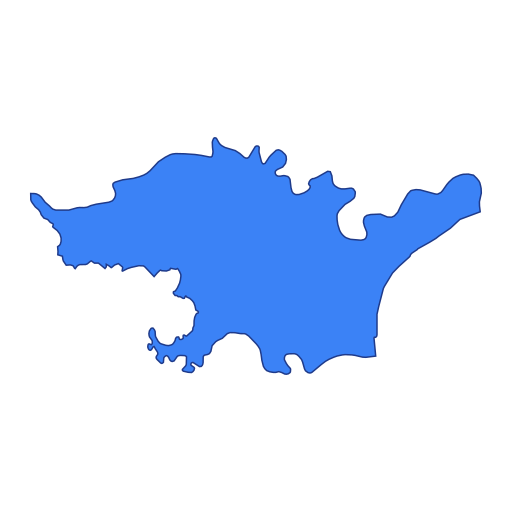 outline of Hau Loc, Thanh Hóa, Vietnam
{"feature_id": "81297802B47590181438391", "entity_name": "Hau Loc", "entity_type": "district", "adm_level": 2, "iso_a3": "VNM", "parent_name": "Vietnam", "parent_adm1": "Thanh Hóa", "projection": "robinson", "projection_center": [105.868, 19.933], "detail": "fine", "context": "isolated", "style": "filled", "palette": "blue", "viewbox_px": 512, "rotation_deg": 0, "n_neighbors": 0, "source": "geoboundaries", "source_scale": "gbopen_adm2", "svg_char_len": 6072}
<svg xmlns="http://www.w3.org/2000/svg" viewBox="0 0 512 512"><path d="M30.7,193.5L30.8,199.8L31.3,201.2L32.4,203.0L35.3,206.9L38.6,209.7L40.3,212.1L41.2,214.7L43.9,218.1L47.7,219.5L50.3,222.4L52.9,223.7L53.3,224.7L52.7,226.6L53.0,227.2L57.2,230.5L59.9,234.1L61.1,238.0L61.1,241.3L60.3,244.2L59.5,245.3L57.6,246.7L58.0,251.4L57.8,254.8L62.4,256.2L62.9,259.5L63.4,261.1L66.2,265.2L70.3,264.9L72.4,265.5L73.2,265.9L74.6,268.3L75.2,268.7L76.9,266.3L78.1,265.3L79.7,264.6L85.6,264.5L87.3,263.9L90.4,261.3L91.3,260.9L94.4,263.1L98.2,263.1L98.7,263.3L105.0,268.5L106.3,266.8L106.3,264.3L109.1,265.9L111.1,267.6L111.5,267.6L114.6,265.0L118.4,263.6L122.4,266.9L122.7,267.6L122.1,270.8L122.6,271.1L127.5,268.6L131.2,267.4L138.9,265.7L143.5,265.9L144.9,266.9L154.1,276.6L157.3,272.9L159.8,270.5L160.5,270.1L161.7,270.7L166.4,271.0L169.9,269.8L170.2,268.7L170.6,268.3L176.0,269.3L177.4,268.5L177.9,268.9L179.4,271.3L180.8,274.4L180.9,276.1L180.4,280.0L179.6,283.1L177.3,288.1L175.3,291.0L173.5,291.7L173.3,292.9L173.5,293.5L175.1,295.5L177.0,295.6L178.2,296.7L180.2,296.7L183.1,298.4L184.3,298.3L185.3,296.3L185.7,296.0L186.1,296.1L186.5,296.9L189.8,298.4L192.3,300.7L193.8,302.7L195.0,305.9L195.8,310.0L197.8,311.1L198.4,312.0L198.0,313.1L196.9,313.4L196.1,314.2L194.7,317.3L194.1,320.8L194.0,325.6L192.9,328.0L192.8,329.8L192.3,330.9L186.8,335.9L186.2,336.1L184.1,335.0L183.4,335.2L183.1,335.9L183.2,338.1L182.8,338.7L181.6,339.4L180.2,339.5L179.5,339.3L178.8,337.2L178.3,336.9L176.5,337.2L175.6,338.4L175.1,340.5L174.0,342.5L172.9,343.9L172.0,344.6L170.3,345.2L168.4,345.6L165.8,345.3L161.0,343.8L159.9,343.2L158.1,341.2L155.7,336.9L155.4,335.8L155.1,331.4L154.4,329.8L153.0,328.1L151.9,328.1L151.0,328.5L149.4,330.9L148.9,333.6L149.1,335.5L149.5,336.9L152.2,340.7L152.3,343.2L152.1,343.8L151.2,344.7L149.3,343.9L148.6,344.0L148.2,344.4L147.8,346.2L147.9,347.6L148.5,349.1L149.0,349.7L149.5,350.1L150.5,350.3L151.5,349.6L153.2,346.8L154.1,346.5L155.3,348.8L157.4,351.9L157.8,353.2L157.7,354.4L156.3,356.5L156.1,357.9L156.9,359.3L160.7,363.0L161.6,363.4L162.2,363.3L163.4,362.4L163.8,357.8L164.6,356.7L165.8,355.8L166.5,355.6L167.6,356.1L168.6,357.3L169.8,359.9L171.1,361.2L172.2,361.5L174.1,360.9L177.4,356.2L178.8,355.6L180.6,355.4L184.6,355.6L185.7,356.0L186.5,356.8L186.3,364.3L185.8,365.7L182.4,369.4L182.5,370.5L183.4,371.2L188.2,372.3L191.6,372.5L193.0,371.5L194.0,370.2L194.5,368.2L194.0,367.3L191.4,365.5L190.8,364.7L191.1,363.3L191.6,362.8L192.9,362.4L199.5,366.6L201.3,366.4L202.3,365.3L202.8,364.1L203.1,362.5L203.2,356.9L203.5,356.1L204.3,355.2L207.5,354.5L209.1,353.8L209.7,353.2L210.9,351.3L212.1,345.7L215.7,341.7L217.7,340.4L222.3,338.3L227.3,333.6L230.0,332.6L235.0,332.7L240.4,333.6L244.7,333.7L245.7,334.0L248.7,336.0L256.4,344.0L258.2,346.3L259.8,348.9L260.3,350.4L261.1,354.4L261.9,360.4L263.4,366.3L264.8,368.7L266.7,370.6L269.8,371.8L273.4,372.4L275.7,372.4L278.8,371.6L281.7,372.5L284.7,374.0L286.4,374.2L288.3,373.8L290.0,372.6L290.4,371.9L290.6,369.6L290.4,368.5L287.7,365.5L286.3,363.4L284.4,359.7L284.4,357.8L284.9,356.0L285.8,354.9L286.7,354.3L289.2,353.8L294.2,353.7L295.6,354.0L297.3,354.8L299.1,356.5L301.6,359.6L302.6,362.1L304.5,368.8L305.5,370.8L308.0,372.6L309.9,373.0L311.0,372.8L312.1,372.2L321.3,364.5L325.5,361.3L329.2,359.2L333.8,357.2L337.2,356.0L342.4,354.9L345.2,354.6L351.9,354.9L355.2,355.4L362.4,357.1L365.8,357.3L375.7,356.1L374.0,338.1L374.3,337.3L375.6,337.3L376.4,336.6L376.8,335.9L377.0,334.5L377.0,314.2L378.8,306.1L383.4,288.4L384.5,286.2L392.5,273.0L399.1,266.2L409.2,257.1L410.0,256.2L410.6,254.5L412.1,253.0L417.2,249.6L417.8,248.8L429.5,242.3L435.9,238.4L438.8,236.1L450.4,228.2L459.9,219.4L480.2,211.8L479.5,206.0L479.4,201.8L481.3,193.1L481.1,188.4L480.6,185.9L479.8,182.8L478.8,180.9L476.7,178.3L473.5,175.2L468.3,174.1L463.1,174.3L460.3,175.0L455.8,176.8L452.9,178.4L449.0,182.0L446.8,184.6L442.6,190.6L440.9,192.5L437.9,194.0L436.9,194.2L435.0,193.9L420.2,189.9L416.0,189.6L412.1,190.3L410.7,190.8L407.7,194.0L401.3,204.8L397.8,212.2L394.4,215.9L391.6,217.2L387.4,217.0L380.4,214.1L370.8,214.5L366.8,215.4L364.8,216.9L364.1,218.1L363.5,220.7L363.5,222.5L364.4,226.1L366.8,232.1L366.9,234.7L366.6,235.8L366.2,237.3L365.4,238.6L363.8,239.6L360.9,240.2L350.4,239.3L346.2,237.8L344.5,236.7L342.4,234.7L340.8,232.6L339.6,230.3L337.8,224.5L337.1,219.8L337.0,215.8L337.3,213.8L339.1,210.6L345.0,204.4L350.1,201.3L353.8,198.3L354.8,196.5L355.3,193.0L355.2,191.7L353.4,189.0L351.7,188.2L350.1,188.2L344.9,188.9L341.4,188.9L338.5,188.1L336.3,186.8L334.6,185.6L333.1,183.6L332.4,181.0L331.9,175.9L330.3,171.7L327.7,171.3L317.3,177.2L314.1,178.5L312.4,178.7L310.6,179.8L309.3,181.6L308.6,183.8L309.1,184.9L310.2,186.0L310.1,187.6L309.0,189.4L307.1,191.0L304.1,192.8L299.1,194.5L296.1,194.6L294.9,194.3L293.3,193.3L292.0,191.5L291.0,187.7L290.0,179.3L288.8,177.4L287.8,176.5L284.8,175.7L283.5,175.6L280.1,176.2L278.0,176.1L276.7,175.5L275.9,174.7L275.3,173.5L275.2,172.0L275.5,171.1L276.2,170.4L277.5,169.4L282.7,167.0L285.5,163.4L286.4,159.5L286.1,156.2L285.1,154.5L281.9,151.4L279.8,150.2L278.3,149.8L276.2,150.3L270.9,155.2L269.1,157.3L265.1,163.4L263.4,163.9L262.6,163.6L261.9,162.6L261.4,161.5L259.1,152.6L259.0,151.0L259.2,147.3L258.7,146.5L257.9,146.0L256.3,146.0L255.2,146.7L248.9,157.1L247.5,158.1L245.8,158.1L244.1,157.3L239.8,153.5L235.3,150.6L225.0,147.5L221.6,145.6L220.0,144.2L219.0,142.9L216.5,138.5L215.9,138.0L214.8,137.8L214.1,138.0L213.5,138.7L212.6,140.9L212.3,142.2L212.5,147.1L213.0,151.6L212.8,153.5L212.1,156.3L211.4,156.9L209.5,157.0L201.4,155.4L195.0,154.5L184.6,153.8L175.8,153.6L172.5,154.0L170.2,154.7L165.3,157.2L158.5,161.7L150.0,170.8L146.8,173.4L143.7,175.1L139.2,176.8L133.3,178.4L122.7,179.8L115.1,182.1L114.0,182.8L113.2,183.4L112.9,184.3L112.9,185.3L113.1,186.8L114.9,190.7L115.6,193.5L115.4,195.9L114.6,198.0L112.8,200.4L111.8,201.1L108.9,202.2L96.2,204.2L90.8,205.6L87.2,207.2L84.0,207.6L79.7,207.5L77.1,207.8L68.8,210.1L55.8,210.1L52.8,209.1L51.3,207.9L49.5,206.0L45.1,202.2L41.3,197.1L39.2,195.3L36.6,194.0L34.7,193.6L30.7,193.5Z" fill="#3b82f6" stroke="#1e3a8a" stroke-width="1.5"/></svg>